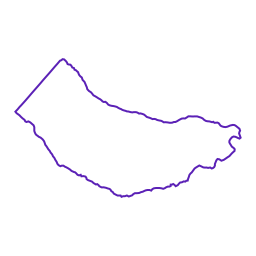 the district of Novo Horizonte do Sul, Mato Grosso do Sul, Brazil
{"feature_id": "56859067B76209061716902", "entity_name": "Novo Horizonte do Sul", "entity_type": "district", "adm_level": 2, "iso_a3": "BRA", "parent_name": "Brazil", "parent_adm1": "Mato Grosso do Sul", "projection": "orthographic", "projection_center": [-53.752, -22.582], "detail": "fine", "context": "isolated", "style": "outline", "palette": "violet", "viewbox_px": 256, "rotation_deg": 0, "n_neighbors": 0, "source": "geoboundaries", "source_scale": "gbopen_adm2", "svg_char_len": 3758}
<svg xmlns="http://www.w3.org/2000/svg" viewBox="0 0 256 256"><path d="M15.4,111.7L16.6,113.2L18.0,114.2L19.5,115.3L20.9,116.8L22.4,118.2L23.4,119.0L24.5,119.8L25.3,121.4L26.5,122.0L28.4,121.4L30.3,122.4L32.1,124.0L33.6,125.3L34.3,127.2L34.3,129.1L34.3,130.9L34.8,132.4L35.5,133.9L36.4,135.0L37.6,135.8L38.8,136.8L40.6,137.6L42.7,139.4L44.1,141.3L44.9,143.5L45.3,144.8L46.2,145.9L47.2,147.4L48.2,149.1L49.8,151.0L50.6,152.6L51.7,153.8L52.4,154.9L53.0,156.3L54.3,157.8L55.4,160.0L56.6,161.8L57.4,163.8L58.6,165.2L60.4,166.2L61.7,165.7L63.5,165.7L64.9,166.7L66.3,167.3L68.1,168.3L70.1,169.6L71.5,170.9L72.6,171.4L73.9,172.0L75.1,172.3L76.2,173.3L77.5,174.8L79.1,175.4L80.7,174.8L81.4,176.3L83.5,176.1L85.5,176.6L86.3,177.7L86.6,179.1L88.0,180.1L89.9,180.8L92.0,181.6L93.6,183.1L94.8,183.8L96.0,184.5L97.2,184.1L98.5,185.1L99.3,186.2L100.6,186.9L101.8,187.4L103.6,187.3L106.0,187.8L107.9,188.5L109.5,188.9L110.5,189.7L111.3,191.1L112.8,192.1L113.8,193.6L115.7,194.6L117.5,195.5L120.6,195.5L121.5,196.8L123.2,196.2L124.9,196.2L126.9,195.5L128.8,196.5L130.8,195.8L132.2,195.3L133.3,194.1L134.9,193.2L136.3,193.2L138.1,193.1L139.4,192.9L140.8,192.2L142.8,191.7L144.6,190.8L145.9,190.3L147.5,190.0L149.6,190.0L151.2,190.6L152.4,189.1L153.9,188.3L156.0,188.0L157.7,188.0L159.4,188.0L161.5,188.3L163.2,188.8L164.8,188.2L166.1,187.3L167.8,186.6L169.3,186.6L170.6,186.1L170.7,184.6L172.0,184.6L173.2,184.0L174.5,184.9L175.7,186.2L177.7,185.2L179.1,183.5L180.1,182.5L181.9,182.3L183.7,181.4L185.3,181.6L186.4,180.7L187.7,180.6L188.1,178.8L188.8,177.0L189.4,175.0L190.5,173.5L191.7,172.5L192.5,171.4L193.5,170.0L194.6,168.5L195.7,167.7L197.3,166.7L199.3,165.5L201.1,166.3L203.3,167.4L205.0,167.6L206.4,167.5L208.1,167.9L210.2,167.5L211.7,168.5L212.9,168.1L214.2,167.1L214.9,165.6L214.9,164.0L215.5,162.5L216.4,160.3L217.5,159.0L219.3,159.3L221.4,160.7L223.7,159.9L225.5,158.7L227.5,157.3L229.4,156.1L230.9,154.4L231.9,153.3L233.4,151.9L234.5,151.0L234.7,149.2L233.8,148.1L231.8,146.6L230.6,144.6L229.8,143.4L229.3,142.1L229.5,140.6L230.6,138.8L232.1,137.2L233.6,136.5L235.4,136.8L236.8,137.4L238.0,138.0L239.5,138.6L240.6,137.7L239.9,135.6L239.1,133.5L239.4,132.0L240.1,130.7L239.4,128.7L238.0,127.6L235.9,125.9L234.6,125.1L232.9,124.9L230.2,125.5L227.4,126.7L225.6,127.1L223.7,126.9L222.0,126.4L220.6,125.7L219.6,124.4L218.7,123.2L217.5,122.6L216.0,122.7L214.4,122.8L213.3,121.8L212.1,122.2L210.8,121.8L209.4,121.4L207.8,121.3L206.1,121.0L204.3,120.0L202.6,118.4L200.7,117.5L199.0,117.0L197.2,116.4L194.8,116.4L192.4,116.5L190.1,116.3L188.4,116.3L186.7,117.5L185.0,118.5L183.3,118.4L181.7,118.6L180.3,119.3L179.0,120.0L177.1,121.2L175.4,122.0L173.9,122.0L172.1,122.7L169.9,122.8L167.5,122.4L165.4,122.2L163.7,122.3L162.4,121.4L161.1,120.8L159.4,120.5L157.2,120.0L155.7,119.2L154.1,118.9L152.5,119.1L151.1,118.4L149.6,117.8L148.2,117.4L146.7,116.9L145.2,115.5L143.9,114.5L142.3,113.9L140.4,113.4L139.1,113.6L138.0,112.9L136.7,112.3L135.4,112.1L134.0,112.1L132.3,112.4L130.5,112.1L128.4,111.5L126.9,111.4L125.7,110.9L123.9,110.4L122.4,109.9L120.9,109.0L119.7,108.6L118.2,107.8L116.8,106.9L115.0,106.4L113.7,106.1L111.5,105.8L109.6,105.3L108.2,104.6L106.9,103.0L105.4,101.8L103.8,102.0L102.5,101.4L101.5,100.3L100.1,99.2L98.5,98.4L97.2,97.5L95.6,96.5L93.4,95.3L92.2,93.7L91.0,92.3L89.0,91.0L87.3,89.2L86.8,87.2L86.1,85.7L85.5,84.2L84.5,81.9L82.6,79.9L81.8,77.5L80.3,76.3L79.2,75.0L78.5,73.5L78.1,72.2L76.9,71.2L75.9,70.2L74.5,69.7L74.0,68.1L72.3,67.5L71.3,65.7L70.4,64.7L68.8,64.5L67.6,64.1L66.9,62.4L65.8,61.0L64.1,59.4L62.5,59.2L61.4,60.2L60.0,60.7L57.2,64.0L56.2,65.1L54.7,66.8L52.3,69.6L49.2,73.2L43.1,80.1L40.5,83.2L31.4,93.6L29.2,96.2L25.4,100.6L21.0,105.5L19.8,106.7L18.8,107.9L17.4,109.6L16.3,110.7L15.4,111.7Z" fill="none" stroke="#5b21b6" stroke-width="2"/></svg>